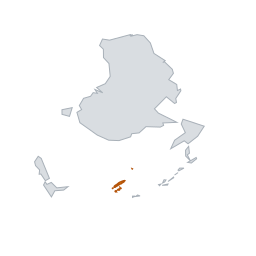 where New Caledonia sits in Oceania, rotated 111°
{"feature_id": "NCL", "entity_name": "New Caledonia", "entity_type": "country or territory", "adm_level": 0, "iso_a3": "NCL", "parent_name": "Oceania", "parent_adm1": "", "projection": "orthographic", "projection_center": [166.029, -20.888], "detail": "fine", "context": "in_parent", "style": "filled", "palette": "amber", "viewbox_px": 256, "rotation_deg": 111, "n_neighbors": 5, "source": "natural_earth", "source_scale": "50m", "svg_char_len": 3444}
<svg xmlns="http://www.w3.org/2000/svg" viewBox="0 0 256 256"><g transform="rotate(111 128 128)"><path d="M99.0,57.5L110.7,60.0L121.2,66.3L119.8,70.9L132.1,80.7L122.7,80.1L111.8,72.8L105.2,79.7L100.1,79.8L99.0,57.5ZM138.0,56.3L138.7,60.0L131.1,53.8L132.1,52.9L138.0,56.3ZM133.5,64.1L128.1,66.3L123.4,64.8L129.5,61.6L131.8,63.0L136.2,58.1L133.5,64.1ZM145.4,61.4L149.8,65.2L149.4,66.2L146.9,65.4L145.4,61.4Z" fill="#d9dde1" stroke="#a8b0b8" stroke-width="1"/><path d="M189.0,96.9L191.2,98.9L190.0,99.4L189.0,96.9ZM189.2,96.3L187.1,95.1L187.1,92.4L189.2,96.3Z" fill="#d9dde1" stroke="#a8b0b8" stroke-width="1"/><path d="M170.6,77.9L169.9,79.2L168.5,77.1L170.6,77.9ZM167.1,70.6L169.3,75.6L165.9,70.6L167.1,70.6ZM166.9,76.0L163.4,75.8L162.9,73.9L165.2,74.4L166.9,76.0ZM158.0,67.5L163.6,71.5L157.5,67.9L158.0,67.5ZM153.8,66.7L155.2,67.7L151.7,65.3L153.8,66.7Z" fill="#d9dde1" stroke="#a8b0b8" stroke-width="1"/><path d="M219.8,174.8L211.5,186.4L207.9,186.1L209.7,183.5L206.3,180.1L209.4,173.0L204.3,163.0L209.0,165.8L212.8,173.8L219.8,174.8ZM187.5,198.1L203.2,183.3L206.8,186.3L202.2,192.8L203.0,194.4L198.8,195.5L196.3,200.8L193.0,203.1L186.6,201.7L187.5,198.1Z" fill="#d9dde1" stroke="#a8b0b8" stroke-width="1"/><path d="M129.0,187.4L138.1,186.8L138.9,194.5L134.6,196.2L129.0,187.4ZM74.6,168.9L71.1,176.1L63.3,179.2L61.2,184.1L54.1,183.7L52.6,176.7L39.6,158.8L41.0,159.8L39.2,157.1L41.6,158.6L37.6,153.0L36.2,146.3L40.6,137.6L49.1,130.5L51.8,117.4L54.4,119.0L53.1,117.7L57.3,107.7L60.7,105.2L68.3,107.3L69.9,98.1L75.3,95.3L72.8,92.9L74.3,92.0L83.3,94.0L86.8,91.9L88.4,93.3L85.1,103.4L100.6,110.2L103.2,105.0L105.2,84.4L110.8,97.3L112.8,95.7L115.6,98.2L120.3,111.7L128.6,115.9L132.0,122.5L135.3,122.4L143.0,131.9L146.3,141.7L145.6,154.2L140.3,174.8L131.7,181.3L127.4,177.9L124.5,181.5L116.2,180.1L111.8,174.3L107.5,173.2L106.6,169.0L103.9,172.7L104.2,164.2L101.4,171.8L94.8,165.1L86.2,163.1L74.6,168.9Z" fill="#d9dde1" stroke="#a8b0b8" stroke-width="1"/><path d="M178.9,112.3L179.3,112.6L179.7,112.5L180.2,112.8L181.5,113.9L181.9,114.1L182.2,114.2L182.4,114.3L182.6,114.6L182.8,114.8L183.0,115.1L183.1,115.3L183.5,115.6L183.8,115.9L184.1,116.1L184.3,116.3L184.5,116.4L184.7,116.6L185.1,116.7L185.9,117.3L186.5,117.8L186.8,118.1L187.2,118.4L187.6,118.6L188.0,118.9L188.2,119.5L187.9,119.8L187.6,119.8L187.4,119.9L186.8,119.5L186.6,119.4L186.4,119.5L186.3,119.4L186.3,119.2L185.9,119.1L185.5,118.9L185.4,118.7L185.2,118.4L184.7,118.2L184.3,118.0L184.0,117.8L183.6,117.6L183.0,117.2L182.7,117.1L182.4,116.9L181.6,116.2L181.3,116.0L181.1,115.7L180.4,115.0L180.1,114.7L179.8,114.4L179.5,114.1L179.3,113.7L178.8,113.2L178.7,112.9L178.8,112.7L178.6,112.6L178.4,112.5L178.4,112.3L178.4,112.1L178.9,112.3ZM189.5,115.6L189.4,115.6L189.1,115.4L188.7,115.2L188.3,114.7L188.6,114.7L188.8,114.3L188.7,114.2L188.4,114.1L188.9,113.8L189.1,113.9L189.2,114.1L189.2,114.6L189.4,114.8L189.6,115.2L189.6,115.3L189.5,115.6ZM191.5,116.6L192.0,116.6L191.9,117.2L191.5,117.3L191.4,117.3L191.3,117.2L191.1,117.1L191.1,116.9L190.9,116.4L191.3,116.4L191.5,116.2L191.5,116.3L191.5,116.5L191.5,116.6ZM186.7,113.9L186.5,114.0L186.7,113.6L186.8,113.4L186.8,113.0L186.8,112.9L187.0,112.9L187.1,113.0L186.9,113.1L186.9,113.3L186.9,113.5L187.0,113.6L186.9,113.8L186.7,113.9ZM190.0,120.8L189.9,120.9L189.7,120.9L189.6,120.5L189.9,120.6L190.0,120.8ZM164.7,109.4L164.6,109.5L164.6,108.9L164.7,108.7L164.7,109.1L164.7,109.4Z" fill="#f59e0b" stroke="#b45309" stroke-width="1.5"/></g></svg>